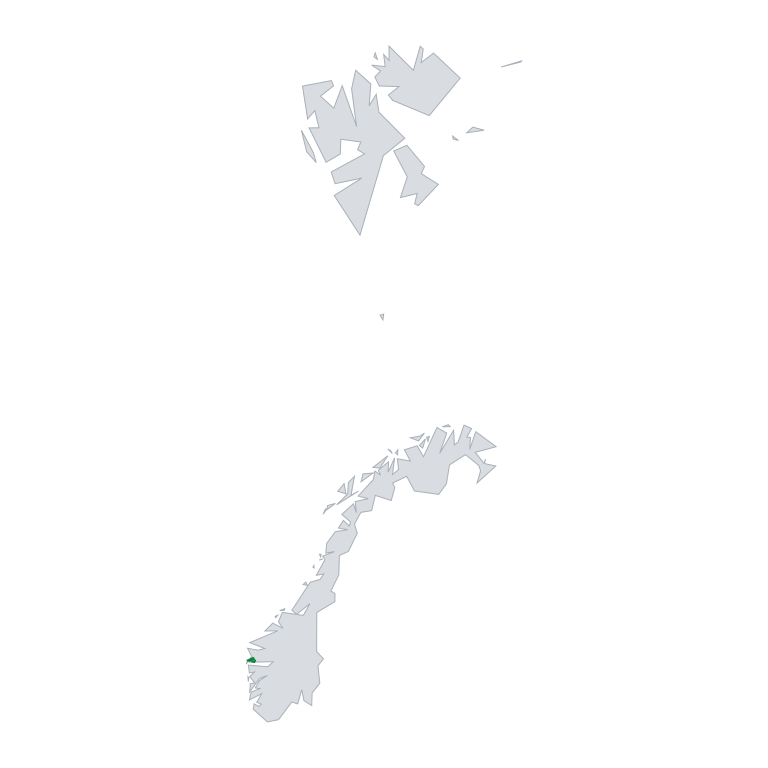 Fjaler nor, Sogn og Fjordane, Norway (highlighted)
{"feature_id": "86288312B14759313964595", "entity_name": "Fjaler nor", "entity_type": "district", "adm_level": 2, "iso_a3": "NOR", "parent_name": "Norway", "parent_adm1": "Sogn og Fjordane", "projection": "mercator", "projection_center": [5.23, 61.279], "detail": "fine", "context": "in_parent", "style": "filled", "palette": "green", "viewbox_px": 768, "rotation_deg": 0, "n_neighbors": 0, "source": "geoboundaries", "source_scale": "gbopen_adm2", "svg_char_len": 5711}
<svg xmlns="http://www.w3.org/2000/svg" viewBox="0 0 768 768"><path d="M406.7,476.3L392.6,483.1L394.8,487.6L391.2,500.5L375.3,495.4L371.6,510.6L360.8,512.4L354.5,524.1L357.2,533.3L348.4,551.4L339.4,555.5L338.8,574.8L330.9,591.0L335.0,593.6L334.8,601.7L316.8,612.5L316.6,651.5L323.5,658.9L317.9,665.8L319.8,683.2L312.1,693.0L311.7,705.5L304.0,700.7L301.7,689.7L297.7,703.9L291.8,702.0L278.5,719.7L267.4,721.9L253.2,709.1L254.1,703.8L258.8,706.5L261.3,704.1L256.8,702.3L261.7,693.6L249.5,699.9L251.2,692.1L259.9,688.7L255.3,687.9L259.2,680.8L267.3,675.4L259.3,678.6L249.7,692.1L250.3,683.6L254.9,682.9L249.6,676.7L254.5,672.0L249.4,673.0L248.4,665.1L267.8,666.8L273.2,661.7L249.3,662.2L251.5,656.2L247.6,648.3L258.0,650.2L264.8,648.5L249.7,642.6L277.8,630.8L264.9,631.0L272.8,623.1L282.9,628.4L278.4,621.8L282.4,612.4L303.3,615.4L309.9,603.7L296.6,614.3L291.9,610.2L310.2,582.2L320.0,579.4L323.9,573.9L316.4,575.3L325.0,559.6L322.6,556.2L334.5,551.6L325.8,553.1L326.7,543.4L335.3,531.7L347.7,529.7L338.4,528.0L343.4,520.4L349.4,526.1L350.4,521.8L341.8,514.5L353.4,503.8L356.3,512.7L355.3,501.6L368.1,498.7L358.2,496.0L373.4,479.5L374.9,471.0L380.6,475.2L378.3,470.4L388.5,461.8L388.1,472.2L394.6,457.9L392.5,474.5L398.6,469.6L397.4,458.8L410.4,461.0L404.4,449.8L417.1,445.8L423.5,456.8L437.0,427.5L446.7,433.1L439.7,453.3L453.6,430.3L454.4,444.8L458.2,441.9L464.0,425.1L471.6,428.5L466.9,437.1L470.5,437.4L469.7,449.4L475.8,431.7L496.1,446.7L475.3,452.3L484.1,463.5L495.8,466.0L477.1,483.0L480.6,470.9L478.8,465.5L465.5,454.6L449.5,464.9L446.4,483.9L438.7,494.4L414.5,491.0L406.7,476.3ZM355.7,70.3L370.8,83.9L369.2,105.8L376.2,94.3L378.9,112.2L404.8,138.3L383.4,155.6L360.0,235.1L334.2,195.5L362.0,178.0L335.1,183.7L331.2,172.0L364.5,153.9L357.6,149.7L360.8,142.0L340.8,139.2L340.3,154.0L326.1,162.3L309.1,127.9L319.0,127.8L314.9,110.6L307.6,118.9L302.5,86.1L331.3,80.6L333.5,85.9L320.4,96.2L333.8,108.2L342.2,85.7L356.6,126.6L351.6,88.8L355.7,70.3ZM389.0,46.1L413.4,70.3L420.2,46.3L423.2,49.1L421.2,62.6L433.5,53.1L460.2,78.1L429.2,115.6L392.7,100.4L388.4,95.0L399.0,86.6L379.3,86.0L374.8,76.9L380.6,71.0L371.6,65.1L385.2,66.6L383.7,54.5L389.1,60.4L389.0,46.1ZM406.9,145.3L424.5,166.4L421.3,173.7L438.3,184.4L418.3,205.6L414.7,203.9L417.1,193.5L400.4,197.6L407.3,176.8L393.7,151.0L406.9,145.3ZM351.0,495.2L358.5,491.1L336.7,504.8L347.7,493.8L348.4,482.5L354.5,476.3L351.0,495.2ZM362.9,473.9L373.1,473.0L361.1,481.7L362.9,473.9ZM373.0,467.4L387.8,455.8L379.9,468.0L373.0,467.4ZM301.4,130.3L313.5,152.9L316.2,162.6L306.7,151.7L301.4,130.3ZM344.1,483.6L345.9,493.8L337.8,491.3L344.1,483.6ZM424.4,433.1L418.5,441.0L410.5,437.7L419.8,436.2L424.4,433.1ZM425.4,438.9L422.7,448.0L419.4,445.5L425.4,438.9ZM327.5,505.6L335.4,503.4L326.9,509.8L327.5,505.6ZM520.9,62.0L501.1,67.0L521.6,60.9L520.9,62.0ZM472.8,127.1L484.1,130.2L466.8,132.8L472.8,127.1ZM442.2,426.8L448.3,424.7L450.2,426.6L442.2,426.8ZM429.3,436.5L428.0,441.4L426.5,437.2L429.3,436.5ZM397.8,449.9L397.6,454.8L395.4,453.0L397.8,449.9ZM383.7,314.0L382.9,319.9L380.0,315.2L383.7,314.0ZM458.4,140.4L453.2,139.2L452.7,136.1L458.4,140.4ZM305.8,582.1L307.3,585.3L303.1,584.5L305.8,582.1ZM387.7,448.9L390.6,450.7L392.3,453.5L387.7,448.9ZM375.2,52.9L377.4,59.3L374.0,56.9L375.2,52.9ZM284.4,610.2L279.7,610.6L284.7,608.7L284.4,610.2ZM277.6,615.2L275.9,617.7L275.1,616.4L277.6,615.2ZM325.6,510.8L323.0,514.2L325.8,508.4L325.6,510.8ZM248.8,677.8L248.3,681.5L247.9,676.7L248.8,677.8ZM320.6,556.9L319.5,554.2L321.1,554.4L320.6,556.9ZM485.4,459.0L484.7,462.8L484.5,462.2L485.4,459.0ZM322.0,559.4L319.2,560.0L322.6,558.8L322.0,559.4ZM313.9,565.4L314.2,568.0L312.9,567.2L313.9,565.4ZM247.5,661.9L246.4,664.2L246.6,662.4L247.5,661.9Z" fill="#d9dde1" stroke="#a8b0b8" stroke-width="1"/><path d="M253.4,658.4L253.3,658.5L253.2,658.5L252.9,658.5L252.8,658.4L252.8,658.5L252.7,658.5L252.5,658.4L252.4,658.4L252.3,658.5L252.2,658.4L252.1,658.5L251.9,658.7L251.8,658.8L251.7,658.9L251.4,658.9L251.2,658.9L251.1,659.0L251.3,659.2L251.2,659.2L251.3,659.2L251.4,659.3L251.4,659.2L251.5,659.3L251.4,659.3L251.5,659.4L251.6,659.5L251.5,659.4L251.4,659.4L251.2,659.3L251.2,659.2L250.9,658.9L250.8,659.0L250.5,658.9L250.5,659.0L250.4,659.0L250.2,659.0L250.2,659.3L250.3,659.3L250.3,659.5L250.2,659.6L250.4,659.7L250.4,659.8L250.5,659.8L250.2,659.9L249.9,659.8L249.8,659.7L249.7,659.7L249.8,659.6L249.7,659.6L249.5,659.8L249.4,659.8L249.5,659.8L249.4,659.8L249.5,659.9L249.7,660.0L249.4,660.0L249.4,659.9L249.3,660.0L249.2,660.0L249.2,659.9L249.1,660.0L249.1,659.9L248.9,659.9L249.0,659.9L248.9,659.8L248.7,660.0L248.8,660.0L249.0,660.0L248.8,660.1L248.7,660.1L248.8,660.1L248.7,660.1L248.4,660.2L248.1,660.2L248.1,660.3L248.1,660.5L248.1,660.8L248.1,660.7L247.9,660.7L247.8,660.8L247.8,661.0L248.0,661.0L248.2,660.9L248.3,660.9L248.4,660.7L248.5,660.6L248.6,660.8L248.4,660.9L248.4,661.0L248.8,661.0L249.1,660.9L249.1,660.4L249.3,660.4L249.6,660.5L249.8,660.7L250.1,660.7L250.3,660.5L250.5,660.4L250.8,660.3L250.9,660.5L250.7,660.7L251.1,660.9L251.2,661.1L251.3,661.2L251.5,661.2L251.9,661.0L251.9,661.3L252.1,661.3L252.2,661.6L252.3,661.8L252.7,661.8L252.8,661.8L253.0,661.8L253.5,662.0L253.9,662.3L254.0,662.3L254.0,662.2L254.2,662.3L254.3,662.2L254.3,661.9L254.5,661.8L254.5,661.6L254.6,661.4L254.9,661.3L255.1,661.1L255.3,661.0L255.3,660.9L255.2,660.8L255.2,660.7L254.8,660.6L254.9,660.4L254.9,660.2L254.7,660.2L254.4,659.8L254.3,659.7L254.2,659.5L253.9,659.4L253.7,659.4L253.6,659.2L253.5,658.9L253.5,658.7L253.6,658.8L253.7,658.7L253.4,658.5L253.4,658.4ZM247.9,660.4L247.8,660.5L247.7,660.5L247.8,660.5L247.7,660.5L247.8,660.6L248.0,660.7L248.0,660.4L247.9,660.4ZM251.4,658.6L251.4,658.8L251.6,658.8L251.6,658.7L251.4,658.6Z" fill="#22c55e" stroke="#15803d" stroke-width="1.5"/></svg>